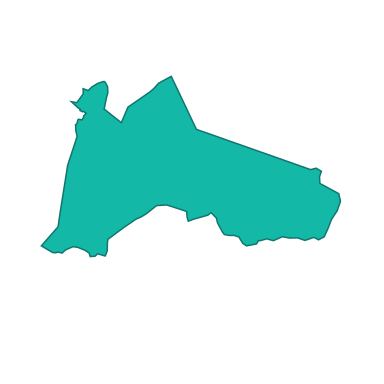 the district of Gurara, Niger, Nigeria, rotated 199°
{"feature_id": "59680162B85303802109421", "entity_name": "Gurara", "entity_type": "district", "adm_level": 2, "iso_a3": "NGA", "parent_name": "Nigeria", "parent_adm1": "Niger", "projection": "equal_earth", "projection_center": [7.034, 9.353], "detail": "fine", "context": "isolated", "style": "filled", "palette": "teal", "viewbox_px": 384, "rotation_deg": 199, "n_neighbors": 0, "source": "geoboundaries", "source_scale": "gbopen_adm2", "svg_char_len": 1941}
<svg xmlns="http://www.w3.org/2000/svg" viewBox="0 0 384 384"><g transform="rotate(199 192 192)"><path d="M249.3,294.6L259.0,284.0L261.7,277.5L264.4,272.9L280.2,251.4L281.4,234.5L302.2,241.9L302.1,242.3L303.0,249.0L303.6,253.8L303.8,258.0L304.8,260.9L306.1,264.1L309.3,267.1L310.6,267.9L312.0,267.5L316.7,263.8L320.8,258.8L323.2,254.2L328.6,254.2L326.8,249.4L330.0,239.0L335.4,238.1L330.6,236.0L326.9,234.4L324.6,234.1L324.8,233.0L324.0,232.4L323.2,232.6L321.9,232.1L321.2,232.8L319.8,232.6L317.6,231.9L318.5,230.3L319.2,228.7L318.9,226.9L319.5,224.3L322.4,224.0L323.1,223.6L323.5,222.8L323.2,221.5L323.1,219.5L323.4,218.2L324.0,217.7L321.7,211.9L318.7,207.2L318.3,178.6L318.2,176.3L317.1,170.2L309.5,126.9L307.3,115.6L316.9,92.0L304.1,89.4L301.5,90.0L300.5,90.6L298.9,91.6L297.5,91.7L294.9,92.0L293.7,94.2L292.6,96.2L290.9,97.8L287.5,100.8L286.5,101.7L284.9,101.9L282.3,102.4L281.6,102.5L280.8,102.4L275.6,102.1L274.4,102.1L271.2,101.3L269.5,100.9L268.4,99.4L267.2,97.8L262.8,99.7L262.1,101.0L261.1,102.8L258.6,103.0L253.3,103.2L253.2,103.6L253.0,108.9L255.4,116.3L256.1,119.9L245.4,135.6L235.8,148.5L232.1,151.7L227.8,157.0L221.1,167.6L211.7,171.5L196.8,171.8L190.7,171.8L188.4,166.5L186.0,163.2L181.4,167.0L169.5,175.2L167.2,178.7L160.3,175.2L158.0,171.3L150.5,164.3L147.6,162.3L142.4,163.1L137.8,164.7L132.9,164.7L127.4,160.0L123.0,158.8L118.1,161.6L114.1,163.9L113.3,167.7L111.8,168.1L111.6,168.2L107.3,171.2L106.1,172.1L103.0,172.2L102.3,172.3L100.6,172.4L99.2,172.5L92.0,179.1L84.8,180.2L77.3,183.0L69.5,183.0L67.8,184.3L67.7,184.3L66.2,185.5L64.2,187.0L63.8,187.4L63.6,187.5L61.9,188.8L59.3,188.4L56.7,188.0L55.3,189.6L53.7,191.3L52.4,192.7L52.4,192.8L51.5,202.0L51.2,211.4L48.6,221.5L48.6,231.6L52.7,238.2L73.8,241.7L76.4,247.9L76.4,253.7L82.4,254.9L87.1,251.8L92.5,251.8L100.9,251.9L175.5,252.4L192.1,252.6L204.5,252.6L208.3,252.7L216.2,260.8L236.9,282.0L249.3,294.6Z" fill="#14b8a6" stroke="#0f766e" stroke-width="1.5"/></g></svg>